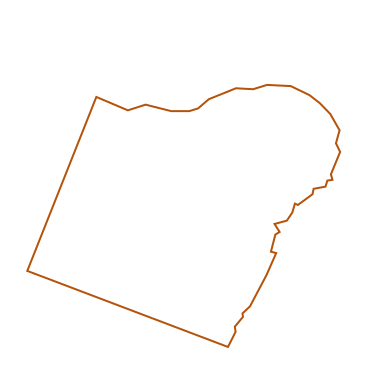 outline of Callaway, Missouri, United States of America, rotated 200°
{"feature_id": "52423323B83967641525386", "entity_name": "Callaway", "entity_type": "district", "adm_level": 2, "iso_a3": "USA", "parent_name": "United States of America", "parent_adm1": "Missouri", "projection": "robinson", "projection_center": [-92.074, 38.811], "detail": "fine", "context": "isolated", "style": "outline", "palette": "amber", "viewbox_px": 384, "rotation_deg": 200, "n_neighbors": 0, "source": "geoboundaries", "source_scale": "gbopen_adm2", "svg_char_len": 642}
<svg xmlns="http://www.w3.org/2000/svg" viewBox="0 0 384 384"><g transform="rotate(200 192 192)"><path d="M114.2,58.8L105.2,58.7L103.2,75.5L105.7,80.1L101.4,92.1L103.0,95.2L98.4,104.4L93.6,139.3L92.0,163.4L97.4,162.9L99.1,180.5L96.0,184.4L103.5,190.2L93.1,197.5L90.7,207.0L91.3,216.3L88.1,216.0L78.0,231.1L78.8,236.6L68.4,242.7L68.7,249.0L64.2,251.5L67.5,256.1L66.5,280.3L73.4,287.0L74.4,300.4L88.7,312.6L102.3,319.2L114.7,323.2L135.4,325.3L158.1,318.3L169.7,309.5L186.2,304.5L207.9,285.0L214.9,272.6L222.2,267.1L239.1,260.9L265.5,258.2L280.2,246.8L314.4,248.6L319.8,61.5L114.2,58.8Z" fill="none" stroke="#b45309" stroke-width="2"/></g></svg>